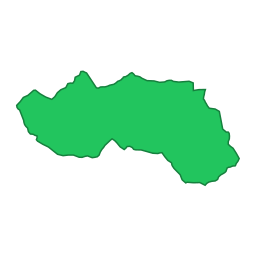 outline of Singida, rotated 271°
{"feature_id": "TZA-3390", "entity_name": "Singida", "entity_type": "Region", "adm_level": 1, "iso_a3": "TZA", "parent_name": "United Republic of Tanzania", "parent_adm1": "", "projection": "albers", "projection_center": [34.489, -5.65], "detail": "fine", "context": "isolated", "style": "filled", "palette": "green", "viewbox_px": 256, "rotation_deg": 271, "n_neighbors": 0, "source": "natural_earth", "source_scale": "10m", "svg_char_len": 2158}
<svg xmlns="http://www.w3.org/2000/svg" viewBox="0 0 256 256"><g transform="rotate(271 128 128)"><path d="M183.6,79.9L183.9,82.1L182.9,84.1L182.3,85.6L167.6,95.7L167.3,97.7L168.5,99.7L168.7,102.0L168.7,104.2L169.4,106.7L170.5,109.1L171.5,113.2L172.9,115.2L174.5,116.9L175.2,118.8L176.3,120.6L177.2,121.2L177.8,122.0L178.3,122.3L178.8,122.5L179.1,123.4L179.2,124.6L180.7,127.1L182.7,129.3L183.4,131.0L182.2,132.6L180.3,134.2L180.0,136.6L179.4,138.9L177.9,141.2L175.7,146.2L175.5,153.2L174.2,158.7L174.7,163.9L175.9,166.1L176.4,168.4L176.4,170.6L175.4,172.5L174.8,178.0L175.8,188.3L174.2,192.4L166.6,192.7L167.6,198.3L167.8,204.7L165.4,204.0L162.9,203.7L160.5,203.1L158.2,202.9L157.3,203.8L156.2,204.4L155.0,204.9L153.9,205.7L151.4,207.1L149.2,208.9L148.5,214.8L146.2,219.0L128.6,222.7L125.6,226.3L125.7,228.2L124.5,229.2L121.7,229.6L118.9,229.5L116.2,228.5L113.5,228.5L111.4,230.8L109.6,233.4L104.6,236.7L99.4,239.7L96.7,238.5L94.2,236.7L93.0,236.4L92.0,235.8L91.8,233.3L90.7,230.8L90.5,229.2L89.7,227.8L86.3,226.7L85.1,225.5L84.2,224.1L82.7,221.5L80.7,219.4L78.1,218.5L76.6,216.1L76.2,212.8L75.3,209.7L74.0,207.7L72.1,206.1L74.7,200.8L74.4,194.4L74.8,188.0L74.1,186.7L77.0,183.2L77.9,182.7L82.2,181.0L88.3,174.8L90.7,173.1L92.0,172.5L93.5,172.3L94.2,171.8L96.3,168.4L99.8,165.4L103.9,162.4L103.7,160.4L103.0,158.3L103.2,153.3L106.3,141.5L106.3,136.3L106.5,135.1L106.8,134.0L108.5,132.7L109.7,130.2L109.5,127.5L107.7,126.1L106.4,124.6L109.0,120.5L112.9,117.2L115.2,114.9L116.9,112.3L115.5,110.6L110.2,105.2L108.1,103.9L106.2,102.3L103.5,100.7L100.4,99.6L98.7,97.8L98.1,95.2L97.7,92.7L99.4,88.0L98.9,85.6L97.9,82.7L97.9,79.7L100.0,73.9L99.9,68.7L99.2,63.6L100.5,58.0L107.6,48.8L110.2,43.2L113.3,37.8L114.7,36.6L116.7,37.3L118.6,37.1L119.0,35.2L119.6,34.2L120.1,33.1L120.3,30.5L122.6,28.5L126.2,27.6L127.8,25.9L129.6,24.6L131.7,23.9L133.9,23.5L144.2,19.3L144.9,18.0L146.6,16.7L148.7,16.3L152.5,19.8L156.7,22.8L158.9,27.4L164.0,33.0L164.2,34.8L160.7,39.4L157.5,45.2L155.3,51.3L158.0,54.3L162.1,56.8L165.1,60.2L167.3,65.1L171.3,67.1L171.9,69.5L171.8,72.0L174.2,73.7L177.8,74.3L180.0,78.6L183.6,79.9Z" fill="#22c55e" stroke="#15803d" stroke-width="1.5"/></g></svg>